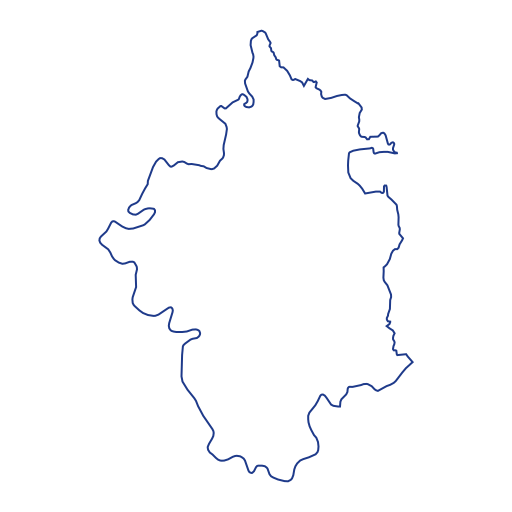 Hiep Hoa, Bắc Giang, Vietnam (orthographic projection)
{"feature_id": "81297802B61782089337393", "entity_name": "Hiep Hoa", "entity_type": "district", "adm_level": 2, "iso_a3": "VNM", "parent_name": "Vietnam", "parent_adm1": "Bắc Giang", "projection": "orthographic", "projection_center": [105.967, 21.33], "detail": "fine", "context": "isolated", "style": "outline", "palette": "blue", "viewbox_px": 512, "rotation_deg": 0, "n_neighbors": 0, "source": "geoboundaries", "source_scale": "gbopen_adm2", "svg_char_len": 6039}
<svg xmlns="http://www.w3.org/2000/svg" viewBox="0 0 512 512"><path d="M358.4,103.3L358.0,103.5L354.1,101.1L350.0,98.4L346.6,95.2L345.1,94.7L341.7,95.0L336.9,96.0L331.2,97.9L325.1,99.0L322.7,97.8L321.8,96.6L321.1,94.1L321.3,91.8L320.6,90.6L319.4,89.6L316.4,88.2L315.6,87.2L316.7,82.5L315.8,81.4L314.1,82.1L313.5,82.0L312.2,80.5L309.3,80.1L307.9,78.9L303.9,85.9L302.1,82.4L300.2,81.1L295.2,79.0L293.8,79.8L292.9,80.0L291.6,79.4L289.9,75.4L287.2,70.9L283.5,67.4L281.1,67.3L279.7,66.2L279.1,60.6L278.4,60.2L277.0,59.9L276.3,59.3L275.7,57.3L274.3,55.3L273.6,52.6L273.1,52.1L271.7,51.4L271.3,50.7L271.0,48.2L269.5,46.4L269.6,45.3L270.6,43.0L270.1,41.9L268.2,39.3L265.7,33.3L265.1,32.5L262.8,31.1L261.5,30.7L257.4,32.0L257.4,33.5L256.7,35.3L252.3,38.2L251.5,39.2L250.9,40.9L250.6,45.1L252.5,52.9L253.1,54.2L253.5,56.6L253.4,58.1L252.5,62.5L250.4,68.1L248.7,71.4L247.4,76.8L245.4,79.5L244.9,80.8L245.1,83.5L247.9,91.4L249.3,93.5L252.2,96.6L253.6,99.5L253.6,102.0L253.2,104.5L252.4,105.8L251.4,106.6L249.1,107.4L246.3,107.0L244.7,106.1L244.1,105.0L244.3,104.0L246.2,102.9L247.2,101.9L247.6,100.1L247.4,99.0L246.5,96.9L245.0,95.6L243.6,94.6L242.6,94.2L241.9,94.3L240.6,95.3L239.6,97.0L238.9,99.0L238.4,99.6L232.6,102.4L225.9,108.4L224.6,108.4L221.3,106.0L220.4,106.1L217.6,108.6L216.8,110.1L216.4,111.5L216.5,114.2L217.1,116.3L217.8,117.4L219.4,118.9L225.4,123.8L226.6,127.0L226.9,129.0L226.1,134.5L223.7,145.0L223.4,148.9L224.0,153.3L223.9,155.2L223.1,157.5L222.4,158.5L220.0,160.7L217.2,165.7L214.1,168.5L212.1,169.1L210.9,169.1L206.5,168.0L203.7,166.3L200.9,165.9L199.1,165.2L191.7,164.0L188.5,164.2L186.9,163.6L184.3,162.0L182.3,161.5L177.9,162.2L173.8,165.5L171.7,166.6L171.0,166.7L170.3,166.5L168.8,165.1L164.4,159.5L162.1,158.2L160.1,158.1L158.7,159.0L156.1,161.6L153.0,167.1L147.9,180.9L147.7,184.2L145.1,188.4L142.3,193.6L139.2,200.2L137.5,202.1L135.8,203.2L131.6,205.0L130.7,205.7L129.1,207.5L128.2,209.9L128.4,211.5L129.8,212.9L132.9,214.4L135.8,214.7L137.9,213.8L143.8,209.7L145.2,209.1L148.0,208.4L149.9,208.3L153.2,208.7L154.0,208.9L155.0,210.3L155.0,212.2L154.0,214.3L149.6,220.0L144.7,224.5L143.1,225.3L133.2,228.5L128.7,228.9L125.8,228.2L122.2,226.5L115.0,221.6L113.8,221.2L112.4,221.4L111.2,222.6L108.1,228.7L106.4,231.5L100.9,236.6L99.7,238.4L99.4,240.5L100.2,242.7L102.1,244.8L108.2,249.3L110.3,252.5L112.0,256.3L113.7,258.8L115.0,260.2L118.8,262.6L122.4,263.8L125.2,263.4L129.6,261.8L132.8,261.7L134.3,262.4L136.3,265.8L136.8,267.0L137.0,269.3L135.7,274.8L136.1,287.1L132.7,297.2L132.4,299.4L132.7,303.0L133.6,304.8L134.6,306.0L139.4,310.4L143.0,313.0L147.9,315.0L153.5,315.9L155.3,315.8L158.5,314.6L167.7,308.4L169.0,307.6L170.9,307.3L171.8,307.9L172.5,309.0L172.8,310.6L172.5,312.3L169.2,323.1L168.8,325.8L169.3,328.4L170.7,330.3L171.8,331.0L173.8,331.6L176.3,332.0L182.2,332.0L186.8,331.5L192.4,329.6L195.9,329.4L197.4,329.8L198.6,330.4L199.4,331.1L200.1,333.1L200.0,334.3L199.4,335.7L198.7,336.6L196.9,338.0L192.5,338.8L190.5,339.6L185.2,343.5L183.6,345.0L182.9,346.3L182.1,355.0L181.5,376.4L182.5,381.6L187.5,389.7L194.3,398.2L196.0,400.9L198.1,406.2L203.3,415.9L212.4,429.1L213.4,431.1L213.7,433.0L213.3,436.0L212.1,438.6L209.0,443.9L207.8,446.7L207.7,447.5L208.1,449.8L209.8,452.5L212.5,454.5L215.8,457.8L218.0,459.6L220.1,460.5L221.5,460.7L224.1,460.6L228.0,459.4L232.8,456.8L235.1,456.0L236.8,455.8L240.1,456.3L241.6,457.1L243.7,458.6L245.0,460.6L248.5,470.7L249.5,472.2L250.9,472.8L251.9,473.0L252.5,472.6L254.0,471.2L256.0,467.2L257.1,466.0L258.1,465.7L262.2,465.7L264.8,466.2L266.7,467.6L267.5,468.6L269.5,474.2L271.1,476.3L273.4,477.6L278.0,479.5L284.5,481.1L288.0,481.3L290.7,479.9L292.0,478.5L293.3,475.2L294.3,469.4L295.4,466.3L297.2,463.4L300.2,460.5L303.3,459.1L308.9,457.3L315.6,454.3L317.5,452.1L318.2,450.1L318.5,446.5L318.0,442.0L316.3,437.7L314.0,435.1L311.2,429.9L309.6,426.3L308.5,422.3L308.2,419.3L308.2,415.8L309.4,412.6L315.3,405.3L317.7,401.2L320.3,395.8L320.8,395.2L321.5,394.7L322.9,394.5L324.8,395.6L326.6,397.9L331.1,404.6L333.4,405.8L337.9,406.5L340.0,406.5L340.4,401.7L341.4,399.3L346.2,394.4L347.4,392.0L347.7,388.8L348.1,387.8L348.9,387.0L349.6,386.8L352.5,386.9L360.9,385.1L363.6,384.1L366.7,383.9L367.9,384.2L371.7,386.2L374.6,389.3L376.1,390.3L377.9,390.9L386.6,386.1L390.2,384.8L393.7,382.9L395.7,381.1L402.2,372.6L405.9,368.2L412.6,362.1L407.8,356.6L406.1,354.2L397.3,355.1L396.8,354.3L396.3,350.7L395.6,350.3L393.8,350.3L393.1,349.4L393.0,348.9L393.5,346.1L394.3,344.2L394.6,342.3L394.2,341.1L393.1,339.4L393.0,338.0L393.4,335.8L394.6,333.3L392.8,330.4L389.6,328.4L386.7,326.1L389.5,324.0L390.2,322.2L390.2,321.6L387.9,321.3L386.9,319.7L386.8,318.1L388.0,315.6L388.1,314.1L389.9,309.0L390.2,300.0L391.1,297.2L391.1,296.2L391.0,294.5L387.4,285.3L384.7,281.9L383.8,280.3L383.4,277.7L383.7,271.3L383.6,267.4L385.1,266.2L387.0,264.3L389.8,259.1L391.3,253.7L393.0,250.7L395.0,249.1L397.3,249.1L398.6,247.7L399.6,244.3L402.1,240.3L403.0,238.3L399.3,233.9L399.2,232.9L399.8,229.5L399.7,228.0L398.7,226.1L398.4,224.8L398.6,217.3L398.3,214.3L397.2,209.8L396.9,206.1L396.5,204.7L391.6,199.7L388.3,196.8L387.5,195.6L386.6,187.0L386.2,185.6L384.7,185.5L384.0,186.4L383.9,191.6L383.5,192.4L382.8,193.0L381.5,192.8L380.0,191.6L375.8,191.6L365.1,193.5L362.2,188.7L359.7,185.6L358.0,184.0L353.3,180.8L350.6,178.2L348.3,172.5L348.0,165.3L348.2,160.6L349.0,153.3L349.7,152.3L353.3,150.7L359.9,149.4L370.0,148.4L371.8,147.8L372.8,148.2L373.2,148.9L373.6,152.1L374.0,153.1L374.5,153.5L375.1,153.6L379.4,152.2L383.4,151.9L387.9,151.9L394.8,153.4L396.9,153.2L396.8,152.7L395.1,152.4L394.1,151.6L393.0,149.7L393.0,148.1L394.2,144.5L394.2,143.7L393.8,142.9L392.9,142.3L391.4,142.8L390.1,144.3L389.4,144.6L388.5,144.5L387.9,143.6L385.6,135.3L384.3,133.3L383.1,132.7L381.2,133.2L379.3,135.4L377.9,136.6L370.3,136.8L368.9,139.2L367.1,139.3L365.7,137.5L364.7,137.0L361.8,136.8L360.9,136.4L359.9,135.1L359.1,133.3L358.9,132.2L359.2,129.1L359.0,128.3L357.7,126.2L357.7,125.6L359.2,121.5L359.3,119.8L358.9,117.2L359.7,113.0L361.8,109.6L361.6,107.5L358.4,103.3Z" fill="none" stroke="#1e3a8a" stroke-width="2"/></svg>